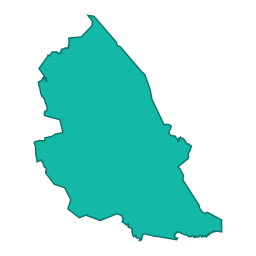 Cosalá, Sinaloa, Mexico
{"feature_id": "50627088B50408193042815", "entity_name": "Cosalá", "entity_type": "district", "adm_level": 2, "iso_a3": "MEX", "parent_name": "Mexico", "parent_adm1": "Sinaloa", "projection": "robinson", "projection_center": [-106.806, 24.52], "detail": "fine", "context": "isolated", "style": "filled", "palette": "teal", "viewbox_px": 256, "rotation_deg": 0, "n_neighbors": 0, "source": "geoboundaries", "source_scale": "gbopen_adm2", "svg_char_len": 5689}
<svg xmlns="http://www.w3.org/2000/svg" viewBox="0 0 256 256"><path d="M87.9,15.4L92.6,21.6L91.7,26.1L81.3,36.9L68.9,38.1L69.0,46.1L68.8,45.6L68.4,45.6L68.6,46.4L68.5,46.9L68.0,47.6L68.4,47.8L68.3,48.2L68.1,48.2L68.0,47.9L67.7,47.7L67.4,47.8L67.1,48.2L66.7,48.4L65.8,47.9L64.7,48.3L63.8,49.0L62.3,49.1L61.5,49.4L61.4,49.6L61.4,50.1L61.0,50.9L61.1,51.2L61.7,51.6L61.7,52.2L61.5,52.4L60.9,52.6L60.1,52.4L59.6,53.4L58.8,53.4L58.4,53.3L57.9,53.1L57.7,52.6L57.2,52.5L56.5,52.0L56.0,51.7L55.7,51.7L54.5,52.2L53.0,51.9L52.2,52.0L51.9,52.6L51.2,53.2L50.5,54.2L50.3,54.5L50.4,55.1L50.2,55.7L49.8,55.7L48.4,55.2L47.9,55.3L48.0,55.8L47.8,56.3L39.0,68.5L46.5,79.0L46.7,81.5L45.8,81.3L46.1,80.7L45.3,79.1L45.3,78.8L45.0,78.1L44.2,77.8L43.7,77.1L43.2,77.7L42.8,78.0L42.7,78.3L43.1,78.4L43.5,78.2L43.7,77.7L43.9,77.8L43.7,78.2L43.6,78.4L42.7,79.0L42.7,79.7L42.6,79.8L41.3,80.1L40.7,81.2L39.3,81.5L38.8,81.8L39.0,82.2L38.8,82.5L38.6,82.5L38.4,82.7L38.6,83.0L38.7,84.4L39.1,85.9L39.4,86.5L39.4,87.2L39.6,87.6L39.7,88.2L39.9,88.6L40.2,89.4L40.5,92.0L40.9,93.4L41.2,94.7L41.5,95.0L41.7,95.7L42.3,96.7L42.5,96.9L43.1,97.2L43.8,98.3L44.3,98.6L44.4,98.8L44.9,100.6L45.3,101.3L45.3,101.6L45.2,102.1L45.3,102.7L46.4,104.9L46.9,106.8L47.2,107.5L47.1,109.8L46.9,110.4L46.3,110.6L45.7,111.0L45.1,111.1L44.9,111.3L45.0,111.8L44.7,112.0L44.6,112.5L44.3,113.0L44.2,113.8L44.6,114.9L44.6,115.5L47.5,116.3L49.3,116.9L59.9,119.6L62.9,132.7L55.0,134.3L54.4,134.8L52.2,136.3L47.7,137.3L44.9,138.1L45.0,138.3L44.9,138.6L44.7,139.1L44.9,139.6L45.0,140.5L44.7,140.9L44.1,140.7L43.1,141.1L42.3,140.8L39.5,140.4L39.0,140.7L38.6,140.7L37.5,141.2L35.1,141.6L34.6,142.1L34.3,142.6L34.2,143.0L35.5,145.9L35.7,149.3L35.6,153.1L36.4,157.2L37.1,161.8L41.3,160.0L41.4,160.7L42.0,160.9L42.1,161.0L42.0,161.6L42.6,162.2L42.6,162.6L42.8,162.7L43.1,162.7L43.4,164.7L43.6,165.1L43.9,165.3L44.1,166.5L44.3,166.9L45.1,167.3L45.9,167.8L46.3,168.6L46.2,169.8L46.1,170.4L45.8,170.9L45.9,171.4L45.6,171.7L45.7,172.3L46.0,172.4L46.2,172.7L45.9,173.3L54.1,184.1L64.7,187.7L70.8,199.8L67.9,208.8L79.2,217.7L86.9,214.8L87.7,215.9L100.3,220.5L117.0,213.7L121.2,215.4L121.6,215.3L121.7,215.6L122.2,216.5L122.3,216.9L123.3,219.0L123.2,219.3L122.6,219.8L122.4,220.7L122.2,221.2L122.2,221.8L122.3,222.0L123.4,222.0L123.4,222.7L123.5,222.8L124.4,223.0L124.6,223.3L125.0,223.5L125.6,224.6L125.9,224.8L127.0,224.9L127.1,224.6L128.1,223.5L128.4,223.6L128.5,224.0L128.8,224.2L128.4,225.6L128.1,226.1L128.0,226.6L128.8,227.4L129.0,227.5L129.5,227.6L130.7,227.6L131.8,229.0L132.0,229.5L132.1,232.2L132.4,232.3L132.3,232.5L132.5,232.6L132.4,233.9L133.6,236.7L134.0,236.4L134.4,236.3L135.0,235.7L135.5,235.3L135.9,235.3L136.1,235.4L136.2,235.6L135.9,236.5L136.1,237.5L136.5,237.8L137.2,238.1L138.5,237.9L139.0,238.1L139.4,238.5L139.6,239.0L139.6,239.5L139.5,240.6L140.2,240.1L140.2,239.9L140.3,240.0L140.8,239.6L141.2,240.0L141.5,239.7L141.6,239.3L141.4,238.9L142.0,238.5L142.0,238.2L141.8,237.2L142.2,236.8L142.0,236.3L143.3,234.3L144.2,233.6L154.8,236.3L158.1,236.5L176.5,239.7L177.2,238.9L177.5,238.3L177.4,238.0L177.3,237.9L176.8,237.9L176.4,238.2L176.1,238.3L175.5,238.3L175.1,238.0L174.8,238.0L174.7,237.8L175.0,237.2L174.9,236.6L174.4,236.1L174.1,235.5L174.2,235.2L174.6,235.4L174.6,234.7L174.8,234.5L175.1,234.5L175.2,234.2L175.2,233.7L175.3,233.6L176.6,233.1L176.7,232.9L176.4,232.1L176.5,231.9L176.9,231.7L177.3,231.8L177.5,232.0L178.1,232.2L178.6,231.9L178.9,232.0L179.1,232.3L180.5,232.6L181.3,233.5L181.8,233.7L182.7,233.8L183.7,234.2L184.6,234.8L185.9,234.7L187.3,235.2L187.7,235.9L188.3,236.3L188.7,236.5L189.1,236.6L190.7,236.0L191.0,236.8L192.2,236.1L193.6,235.8L193.8,236.0L193.8,237.0L194.6,237.5L194.8,237.4L194.5,236.6L194.8,236.4L195.2,236.4L195.4,236.8L195.6,236.4L196.0,236.4L196.3,236.5L196.7,237.0L197.2,236.9L197.7,236.6L197.9,236.6L198.4,237.0L198.7,237.0L198.9,236.7L198.8,236.2L199.2,236.1L199.3,235.9L199.7,235.8L199.9,235.4L200.2,235.5L200.5,235.8L201.1,235.9L201.5,236.3L201.7,236.7L201.7,237.0L201.8,237.1L202.0,237.0L202.3,236.5L202.2,235.9L202.3,235.8L203.3,236.0L203.7,236.5L204.2,236.5L204.5,236.6L204.9,236.5L205.4,235.4L205.6,235.4L205.8,235.4L205.8,236.2L205.9,236.4L206.5,236.9L207.0,236.0L207.5,235.7L207.7,235.0L208.4,235.1L208.8,234.9L208.8,234.7L208.3,234.5L208.2,234.3L208.4,233.7L209.6,233.8L209.8,233.4L210.3,233.4L210.4,233.0L210.5,232.9L211.1,233.0L211.4,232.6L211.8,232.8L212.0,232.6L212.0,232.1L212.4,231.8L212.8,231.6L213.0,231.6L213.4,231.9L214.0,231.9L214.0,231.7L213.8,231.6L213.8,231.4L214.4,231.7L214.6,231.7L214.7,231.0L221.7,231.8L221.5,220.5L221.8,220.1L207.2,212.2L204.6,213.8L201.2,210.8L199.5,208.0L199.2,205.5L182.8,179.9L183.6,175.8L179.9,168.7L177.9,166.8L188.1,158.6L188.3,158.0L188.3,156.7L188.6,156.7L188.1,155.2L188.4,152.7L188.9,152.4L189.0,151.6L190.1,150.6L190.3,149.7L191.0,147.4L191.2,146.6L191.0,145.4L189.5,145.2L189.2,144.9L188.9,144.9L188.8,144.7L188.8,144.3L188.3,144.5L188.1,144.1L187.9,143.9L187.7,144.0L187.3,143.7L187.1,143.7L186.9,143.6L186.4,143.0L186.3,142.6L185.9,142.3L185.9,142.1L185.1,141.9L185.0,141.6L185.0,141.3L184.6,140.6L184.7,140.1L184.5,139.8L184.2,139.7L183.5,138.8L183.2,138.7L182.6,138.1L182.0,138.3L181.5,138.6L181.1,138.6L180.9,138.4L180.8,138.0L180.7,137.8L180.5,137.7L180.5,137.4L180.4,137.2L180.2,137.5L179.7,137.7L179.6,138.2L179.3,138.2L179.3,138.4L179.2,138.7L178.6,138.7L178.8,139.1L178.7,139.5L178.8,139.7L178.7,139.9L178.9,140.1L178.7,140.4L178.3,140.3L178.6,141.0L178.2,141.6L175.2,136.2L170.5,135.3L168.8,133.0L171.2,126.2L170.1,125.4L168.2,124.4L166.4,124.3L164.0,124.7L151.9,99.2L150.2,89.9L144.8,74.6L143.1,72.8L141.9,72.1L120.1,46.6L117.3,45.7L116.3,42.2L94.2,16.6L93.6,16.2L87.9,15.4Z" fill="#14b8a6" stroke="#0f766e" stroke-width="1.5"/></svg>